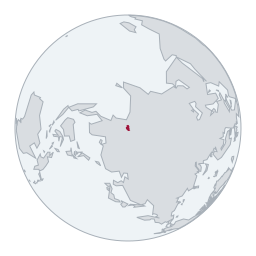 the Earth from above Nagaland, rotated 130°
{"feature_id": "IND-2479", "entity_name": "Nagaland", "entity_type": "State", "adm_level": 1, "iso_a3": "IND", "parent_name": "India", "parent_adm1": "", "projection": "orthographic", "projection_center": [94.35, 26.119], "detail": "medium", "context": "on_globe", "style": "filled", "palette": "rose", "viewbox_px": 256, "rotation_deg": 130, "n_neighbors": 0, "source": "natural_earth", "source_scale": "10m", "svg_char_len": 10992}
<svg xmlns="http://www.w3.org/2000/svg" viewBox="0 0 256 256"><g transform="rotate(130 128 128)"><circle cx="128" cy="128" r="113" fill="#eef3f6" stroke="#a8b0b8"/><path d="M173.8,25.1L172.5,24.7L176.1,28.1L180.8,30.9L177.0,29.2L188.2,36.0L192.4,40.3L185.5,34.5L183.1,33.2L184.9,35.5L182.9,34.8L182.6,35.6L180.0,34.6L176.1,31.7L174.4,31.1L175.7,32.8L174.0,33.2L172.3,30.7L169.0,31.2L162.0,27.0L159.5,22.4L153.4,20.5L145.1,17.1L143.7,17.1L139.7,16.3L136.6,16.1L135.9,15.9L134.0,16.0L135.2,16.3L134.8,16.6L133.1,16.6L131.9,16.1L132.6,16.1L131.4,16.0L131.5,15.8L130.5,15.9L129.3,15.6L127.9,16.0L124.8,15.8L124.7,15.6L128.1,15.5L132.1,15.4L140.7,16.1L149.2,17.4L157.6,19.3L165.8,21.9L173.8,25.1ZM184.6,33.2L183.4,32.0L185.2,33.4L184.6,33.2ZM183.0,35.9L184.0,36.5L183.4,36.7L183.0,35.9ZM178.9,35.5L177.6,35.8L178.2,34.9L178.9,35.5ZM129.2,15.4L128.2,15.4L123.3,15.5L129.2,15.4ZM176.5,35.6L173.5,36.6L175.5,37.9L168.3,35.0L173.2,34.9L173.6,33.6L174.8,34.9L176.5,35.6ZM136.3,16.4L135.0,16.1L137.7,16.4L136.3,16.4ZM138.2,16.6L147.1,17.8L148.3,18.5L145.0,17.9L147.8,19.0L143.9,18.7L141.6,18.1L141.6,17.6L140.1,17.9L138.2,16.6ZM164.8,33.3L163.5,33.2L164.2,32.8L164.8,33.3ZM134.8,16.7L136.5,16.8L137.6,17.4L134.4,17.3L135.1,17.1L134.8,16.7ZM150.4,19.5L150.7,20.1L147.6,20.0L147.3,20.2L144.0,18.8L150.4,19.5ZM134.0,17.0L132.7,17.3L130.7,17.1L133.2,16.7L134.0,17.0ZM139.3,17.6L139.6,17.9L138.4,17.7L139.3,17.6ZM122.6,16.9L124.6,16.8L125.3,17.1L122.6,16.9ZM132.4,17.5L133.2,17.5L133.7,17.7L132.5,17.9L132.4,17.5ZM142.0,18.9L140.7,18.8L143.3,19.5L141.1,19.6L139.2,18.7L139.1,19.1L138.4,19.2L137.7,18.4L142.0,18.9ZM132.8,18.6L129.7,17.7L125.8,17.8L125.0,17.5L131.5,17.5L132.8,18.6ZM135.7,18.5L133.8,18.5L133.8,18.0L135.2,17.8L135.7,18.5ZM140.2,20.1L144.1,20.1L144.3,20.3L140.2,20.1ZM131.7,18.6L132.4,18.9L131.4,18.7L131.7,18.6ZM137.6,19.7L138.9,19.6L139.2,19.9L137.6,19.7ZM132.9,19.4L131.9,19.1L132.8,18.9L132.9,19.4ZM135.0,19.6L135.1,20.0L133.7,19.0L135.6,19.5L135.0,19.6ZM137.6,19.9L138.2,20.0L137.1,19.9L137.6,19.9ZM130.0,20.6L128.1,19.4L130.1,18.9L131.7,20.0L130.0,20.6ZM33.5,66.7L38.1,61.7L36.5,65.1L38.8,70.2L38.5,71.9L34.9,76.1L33.9,87.9L37.6,85.5L40.1,93.8L43.9,96.8L51.2,88.6L45.0,83.3L47.3,77.9L54.9,78.3L60.8,83.4L61.9,81.5L61.0,74.9L65.2,72.9L61.0,72.4L60.6,74.9L57.9,74.8L58.1,72.5L59.6,71.8L58.7,69.7L51.8,74.0L50.7,77.1L46.4,74.5L44.0,79.4L41.9,80.4L45.0,72.5L46.9,70.4L50.3,60.9L47.9,62.7L44.5,72.0L44.3,70.6L41.1,73.7L43.4,70.2L47.7,60.1L45.7,58.1L38.2,63.1L38.1,61.8L40.3,58.2L48.0,50.4L47.4,54.2L50.1,51.9L54.5,46.9L54.0,48.7L55.7,47.3L55.9,48.7L60.4,47.3L61.2,48.6L67.0,45.0L68.2,45.4L64.4,47.3L62.2,49.5L64.8,53.4L66.5,53.2L70.1,50.7L70.3,52.3L73.4,49.4L76.9,50.8L75.3,46.9L79.5,44.3L83.8,43.8L84.8,42.4L77.8,43.4L75.3,44.5L73.6,46.5L66.5,49.6L64.7,49.0L71.1,43.5L69.3,42.3L75.1,39.0L90.4,37.5L94.8,38.7L93.4,46.0L90.0,46.9L88.9,44.6L86.2,49.0L88.2,47.5L88.4,49.0L92.4,47.4L92.8,48.4L96.1,45.3L96.9,46.3L94.8,48.3L101.5,47.2L104.4,49.2L105.8,48.5L106.4,47.2L109.7,50.8L110.5,50.2L109.8,48.7L111.0,46.6L114.4,44.4L115.4,45.8L114.3,46.7L113.4,51.0L110.3,53.7L111.0,54.1L113.9,52.1L115.0,46.8L116.8,45.2L116.8,47.5L116.9,46.5L118.1,46.1L120.2,47.1L120.4,44.5L132.2,39.6L137.3,41.3L136.0,43.7L145.2,42.8L150.3,45.5L149.6,44.1L153.5,43.1L152.0,42.2L151.9,41.5L161.4,39.4L164.3,40.2L167.6,38.4L167.2,37.7L165.2,37.0L168.3,35.0L175.5,37.9L175.9,39.2L180.1,40.5L180.6,43.4L182.8,46.5L180.9,49.4L182.8,51.9L184.3,52.2L188.0,56.1L190.8,63.8L182.3,56.3L176.8,46.0L178.5,49.9L176.3,48.8L175.7,50.2L177.1,53.2L178.4,53.6L171.0,58.4L170.5,67.1L175.0,66.3L178.5,68.7L181.9,79.6L175.4,95.2L179.9,99.9L180.5,103.2L177.4,105.5L176.4,100.7L172.8,99.3L172.7,96.4L167.4,99.0L167.0,95.0L163.1,99.3L165.2,102.3L170.0,101.3L166.7,107.0L172.3,112.3L173.6,119.0L166.1,131.4L157.7,135.4L157.3,137.5L153.6,135.2L149.2,139.6L156.3,151.1L156.3,154.5L148.9,161.0L148.7,158.6L139.0,152.5L137.4,160.5L144.8,167.1L147.3,174.6L141.8,172.3L139.2,165.6L135.8,163.3L136.5,156.4L133.3,145.9L127.7,147.7L128.0,143.5L122.7,134.5L114.5,136.7L101.7,146.6L100.3,157.0L95.7,161.0L89.5,144.7L89.2,134.1L85.4,134.3L80.3,124.1L67.0,119.8L66.5,116.7L63.7,117.1L60.3,112.9L60.1,107.9L57.4,107.1L58.4,120.2L61.4,121.2L65.9,118.0L65.5,122.3L68.9,127.4L60.2,134.8L42.7,136.4L43.4,128.2L42.2,102.5L43.5,100.4L43.6,100.1L43.7,99.6L41.2,102.7L41.8,97.9L39.9,114.8L38.6,121.4L42.5,136.8L41.5,137.6L43.5,141.2L52.5,142.3L52.1,144.8L46.4,154.5L35.9,164.5L38.6,175.6L40.2,183.9L36.6,185.9L40.0,192.7L38.6,193.0L40.5,196.5L41.1,198.7L41.0,199.5L39.9,198.2L35.0,191.5L30.5,184.4L26.6,177.0L23.2,169.4L20.5,161.5L19.3,156.9L18.0,150.6L15.7,133.8L16.0,127.3L16.0,123.2L15.7,121.8L16.0,116.9L16.1,115.5L16.1,114.8L17.5,106.3L19.4,98.0L22.0,89.8L25.3,81.8L29.1,74.1L33.5,66.7ZM31.9,69.4L30.8,71.1L31.9,69.4ZM64.7,94.0L69.8,96.9L71.6,89.9L73.8,90.6L73.6,88.1L71.7,89.4L72.0,82.9L75.7,82.4L77.2,79.7L75.5,78.6L68.7,80.7L68.3,89.9L65.4,91.7L64.7,94.0ZM65.0,39.2L63.7,40.6L61.6,41.7L60.5,40.9L63.6,39.2L65.0,39.2ZM62.3,42.5L68.9,37.8L69.9,38.3L68.2,38.8L68.2,39.6L65.5,40.6L59.9,46.1L57.6,47.5L57.0,44.8L58.4,44.8L59.6,43.2L62.3,42.5ZM84.3,27.4L87.2,26.1L85.4,28.9L82.9,29.8L81.7,28.8L84.0,27.2L84.3,27.4ZM120.2,15.9L121.4,15.8L121.7,15.8L120.9,16.0L120.2,15.9ZM113.1,16.4L119.0,15.7L122.0,15.5L118.5,15.8L118.2,16.0L119.0,16.1L123.5,16.2L130.0,16.1L130.7,16.6L129.5,17.0L128.1,17.0L128.1,16.6L126.2,17.1L125.0,16.6L123.5,16.8L115.2,16.8L116.2,16.5L110.1,17.2L110.4,16.9L114.3,16.4L109.9,16.8L113.5,16.3L111.6,16.6L113.1,16.4ZM115.1,25.0L115.7,23.8L111.7,25.9L110.5,24.9L110.1,25.2L107.9,24.9L104.6,25.1L104.6,24.6L103.3,24.9L101.9,24.9L100.1,25.2L99.4,24.5L97.2,24.9L98.1,24.3L94.5,25.3L96.9,24.3L95.2,24.3L93.8,25.3L94.4,21.6L92.9,21.5L90.2,22.0L94.7,20.5L100.0,19.1L105.1,18.4L106.0,19.0L107.8,18.4L108.8,18.6L106.9,19.0L110.4,18.5L110.7,18.8L115.2,19.0L120.0,18.4L121.8,18.6L120.0,19.1L123.0,19.0L120.9,20.0L122.1,20.3L121.3,21.6L117.3,22.5L118.9,22.7L118.4,24.0L115.1,25.0ZM129.6,20.9L125.1,21.9L122.2,21.9L124.8,19.5L124.0,19.2L125.6,18.0L129.8,18.1L128.9,18.4L129.1,18.7L127.7,18.5L128.9,19.0L127.8,19.4L128.4,19.9L126.8,20.1L129.6,20.9ZM40.3,71.1L40.5,72.1L41.2,73.0L39.2,75.1L40.3,71.1ZM43.1,64.2L43.6,64.5L41.1,67.7L40.9,66.9L43.1,64.2ZM46.0,62.2L43.8,64.3L44.9,62.7L46.0,62.2ZM65.1,47.6L65.8,47.9L65.1,48.6L63.7,49.2L65.1,47.6ZM102.9,32.0L103.7,31.1L104.5,31.1L107.9,29.5L109.0,30.3L107.4,31.5L102.9,32.0ZM48.9,89.3L46.6,90.2L46.6,88.8L47.4,88.8L48.9,89.3ZM41.7,82.3L42.3,85.1L41.1,82.9L41.7,82.3ZM104.7,32.6L106.0,31.8L105.8,32.8L104.7,32.6ZM110.0,30.8L110.1,31.7L109.5,30.2L110.0,30.8ZM96.0,233.5L98.3,234.4L96.6,234.1L96.0,233.5ZM52.7,189.1L53.0,201.2L49.4,199.4L46.8,194.8L45.3,186.9L48.7,186.4L49.9,183.3L52.7,189.1ZM174.3,189.2L177.4,189.2L177.2,189.7L174.3,189.2ZM171.1,188.1L174.7,187.8L170.4,189.2L171.1,188.1ZM176.1,187.7L179.7,186.3L181.3,185.4L181.0,186.3L176.1,187.7ZM168.6,188.4L154.9,189.4L149.4,188.4L150.7,186.7L159.6,186.7L168.6,188.4ZM150.3,186.7L141.8,182.1L129.8,167.7L134.1,168.1L146.6,176.7L145.8,178.2L150.9,181.9L150.3,186.7ZM170.6,176.5L169.7,181.0L162.2,181.3L158.8,180.8L156.4,175.3L157.7,172.3L160.6,172.2L171.3,161.2L175.1,163.3L171.9,167.9L175.0,171.5L170.6,176.5ZM100.8,158.1L103.4,164.6L100.9,165.3L100.8,158.1ZM175.4,153.5L171.2,158.5L175.0,152.1L175.4,153.5ZM177.4,147.6L177.8,149.8L176.0,147.8L177.4,147.6ZM157.4,140.8L154.4,141.5L154.2,139.8L157.9,138.0L157.4,140.8ZM174.5,124.7L174.9,129.6L174.4,131.4L172.9,128.5L174.5,124.7ZM116.2,40.4L110.1,41.5L106.6,43.3L105.7,45.6L104.3,43.0L109.9,40.2L116.2,40.4ZM130.1,39.4L130.8,37.7L132.2,38.3L132.2,38.8L130.1,39.4ZM129.3,38.5L127.0,36.6L128.5,35.6L130.0,37.2L129.3,38.5ZM115.6,34.1L113.8,34.3L114.0,33.5L115.6,34.1ZM192.1,220.0L193.8,217.9L196.9,216.3L194.0,218.7L192.1,220.0ZM185.8,214.6L165.0,223.3L160.9,223.2L162.9,221.0L160.9,214.6L162.3,214.6L162.5,209.9L175.3,203.8L184.8,193.9L190.8,193.2L196.1,185.9L202.0,184.8L199.6,190.2L205.0,191.7L210.5,179.2L212.0,189.7L214.7,191.9L213.4,198.0L201.9,211.7L196.9,215.4L196.8,214.9L194.5,216.6L192.1,217.3L192.4,214.6L190.1,216.2L193.1,213.2L189.4,216.2L188.9,214.5L185.8,214.6ZM227.2,178.9L227.6,178.7L227.6,179.8L227.0,180.3L227.2,178.9ZM231.5,169.7L231.6,170.2L231.3,170.7L231.5,169.7ZM231.4,169.7L231.9,168.3L231.6,169.5L231.4,169.7ZM230.1,165.7L230.5,164.8L230.6,165.2L230.1,165.7ZM181.9,188.6L186.4,184.6L188.7,183.9L181.9,188.6ZM229.8,164.8L228.9,165.4L229.0,164.7L229.8,164.8ZM230.0,163.3L230.0,162.4L230.3,164.1L230.0,163.3ZM228.4,162.4L229.4,163.3L228.3,162.7L228.4,162.4ZM227.7,163.1L226.9,162.9L227.0,162.6L227.7,163.1ZM216.9,169.7L220.2,173.6L217.2,174.8L214.0,172.8L211.0,177.0L204.4,178.5L206.1,176.1L205.3,173.3L198.1,173.9L196.7,172.2L199.4,170.2L194.5,169.7L199.8,167.6L201.9,171.2L204.9,167.2L209.8,166.6L214.4,166.5L217.8,168.2L216.9,169.7ZM199.6,176.7L200.5,176.5L199.7,177.9L199.6,176.7ZM225.3,161.6L226.5,162.9L226.3,163.5L225.7,163.5L225.3,161.6ZM218.6,167.2L222.4,162.2L223.2,161.8L220.7,166.8L218.6,167.2ZM221.6,160.3L223.3,160.0L224.0,161.6L223.7,162.2L221.6,160.3ZM188.7,175.2L188.4,176.4L187.0,175.8L188.7,175.2ZM190.6,174.2L194.8,174.6L190.1,175.2L190.6,174.2ZM177.1,172.2L178.4,174.8L182.6,172.5L179.4,175.5L182.1,179.6L181.1,181.4L178.4,176.9L177.3,182.1L175.4,182.2L174.5,178.0L176.4,172.5L178.3,170.0L185.8,168.0L177.1,172.2ZM190.6,170.8L189.4,167.8L190.3,165.4L191.5,166.9L190.6,170.8ZM185.8,160.4L182.5,157.1L179.7,159.0L185.3,152.7L187.5,157.0L185.8,160.4ZM182.8,152.4L180.2,154.1L182.8,150.5L182.8,152.4ZM179.4,152.9L179.0,150.2L181.1,150.3L179.4,152.9ZM184.2,152.3L184.4,147.6L185.7,150.2L184.2,152.3ZM177.6,144.2L182.5,148.1L176.4,146.9L175.4,138.0L178.0,137.5L177.6,144.2ZM187.2,105.9L186.2,103.5L188.3,102.5L188.4,104.5L187.2,105.9ZM194.2,98.0L188.5,101.5L183.8,104.6L185.6,105.6L185.2,110.1L182.1,106.4L184.8,101.1L188.5,99.5L188.4,95.8L190.7,92.9L189.1,88.6L189.8,86.5L192.4,90.1L194.2,98.0ZM188.2,86.8L186.3,79.2L190.5,79.6L191.9,81.3L191.0,84.6L188.8,84.2L188.2,86.8ZM187.0,77.6L184.9,77.2L177.5,67.0L177.0,65.0L184.9,72.5L183.3,72.6L184.3,75.2L187.0,77.6ZM164.3,33.9L163.6,33.3L164.9,33.7L164.3,33.9ZM151.0,41.0L151.2,40.1L152.6,40.5L151.0,41.0ZM152.4,37.9L150.6,38.1L152.1,37.3L152.4,37.9ZM146.7,38.7L149.7,37.9L147.4,39.5L146.7,38.7Z" fill="#d9dde1" stroke="#a8b0b8" stroke-width="1"/><path d="M129.6,127.0L129.5,126.9L129.4,127.0L129.2,127.3L129.3,127.4L129.2,127.6L129.2,127.8L129.3,127.8L129.3,128.0L129.3,128.3L129.1,128.4L129.1,128.5L129.1,128.8L128.9,129.0L128.7,129.2L128.6,129.3L128.4,129.2L128.4,128.9L128.2,129.0L127.7,129.2L127.4,129.1L127.0,129.1L127.0,129.3L126.9,129.5L126.7,129.8L126.6,129.7L126.4,129.6L126.4,129.4L126.2,129.2L126.3,129.0L126.5,128.8L126.6,128.7L126.9,128.5L126.8,128.4L127.0,128.3L127.0,128.5L127.3,128.5L127.4,128.3L127.3,128.2L127.4,127.9L127.6,127.6L127.7,127.3L127.9,127.1L127.9,127.3L128.0,127.3L128.1,127.2L128.2,126.9L128.3,126.9L128.6,126.8L128.7,126.7L128.8,126.6L128.9,126.4L129.0,126.4L129.4,126.3L129.4,126.2L129.5,126.3L129.5,126.5L129.5,126.8L129.6,127.0Z" fill="#f43f5e" stroke="#9f1239" stroke-width="1.5"/></g></svg>